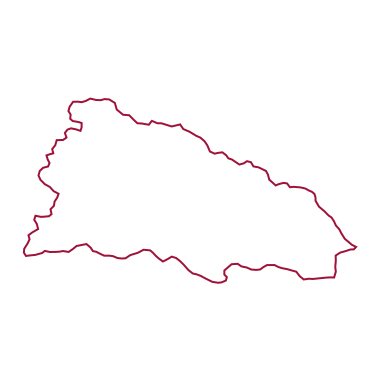 the district of Magda, São Paulo, Brazil, rotated 272°
{"feature_id": "56859067B8707426341573", "entity_name": "Magda", "entity_type": "district", "adm_level": 2, "iso_a3": "BRA", "parent_name": "Brazil", "parent_adm1": "São Paulo", "projection": "orthographic", "projection_center": [-50.232, -20.61], "detail": "fine", "context": "isolated", "style": "outline", "palette": "rose", "viewbox_px": 384, "rotation_deg": 272, "n_neighbors": 0, "source": "geoboundaries", "source_scale": "gbopen_adm2", "svg_char_len": 2526}
<svg xmlns="http://www.w3.org/2000/svg" viewBox="0 0 384 384"><g transform="rotate(272 192 192)"><path d="M281.8,87.1L279.3,82.7L277.9,78.6L278.3,75.0L278.0,70.0L272.9,66.7L268.6,65.7L265.1,68.0L261.0,67.7L258.8,70.2L258.0,75.9L257.1,79.3L252.6,79.4L249.2,78.4L250.5,74.1L251.4,68.9L250.0,65.4L246.6,62.9L242.0,64.7L239.5,61.3L239.1,55.0L234.0,53.7L230.0,50.8L225.8,52.0L224.8,48.7L223.5,45.3L219.6,46.6L216.0,48.6L212.5,47.3L211.0,42.3L207.7,39.1L203.1,38.0L198.8,40.2L194.7,44.6L192.1,49.7L188.0,53.7L185.6,58.7L181.5,57.4L177.7,55.0L173.4,54.5L169.8,51.2L165.0,52.4L162.8,49.9L162.2,45.5L161.9,41.8L162.8,36.4L158.7,35.3L154.7,38.0L149.6,39.5L146.2,34.0L143.1,30.1L139.1,31.3L135.0,29.6L132.3,28.0L129.4,26.3L125.6,26.1L122.3,28.3L123.0,32.5L123.6,37.3L125.8,44.4L128.0,47.0L127.1,52.0L127.3,57.1L127.7,61.4L128.5,65.1L127.8,70.8L130.9,75.0L134.0,78.5L134.9,82.3L136.3,88.3L132.9,92.6L129.5,95.0L128.9,98.4L126.8,102.9L125.3,106.4L125.5,111.8L125.1,115.4L123.4,119.8L123.1,123.8L123.4,127.8L126.8,132.6L129.4,140.1L132.6,145.6L132.2,152.2L130.2,154.8L126.9,158.1L124.4,161.1L121.5,165.4L124.1,170.0L126.7,174.0L125.5,178.4L122.4,182.6L119.1,186.2L113.8,191.2L110.6,195.6L109.9,199.4L108.5,203.6L106.1,208.4L102.9,215.5L102.2,221.2L102.7,224.7L104.7,228.9L108.1,229.8L110.6,227.2L114.7,227.1L121.2,234.1L121.8,240.2L119.4,243.9L118.4,249.6L116.6,253.8L116.4,258.7L116.9,262.7L119.6,266.2L121.6,269.5L121.7,273.4L121.9,277.0L120.0,281.0L119.0,284.8L118.2,290.0L117.1,294.3L116.0,299.0L111.6,302.6L108.5,306.7L109.4,311.9L109.3,315.9L111.1,328.8L111.5,333.1L111.5,337.0L117.3,338.5L122.1,337.8L128.3,338.1L133.5,337.8L136.7,342.4L138.2,347.3L140.1,352.4L140.3,355.7L142.8,357.9L144.9,353.5L150.5,346.4L155.6,342.9L159.9,340.5L163.5,337.0L167.9,334.8L171.4,332.3L173.3,329.3L177.3,325.1L181.8,319.4L184.8,317.5L187.5,315.8L191.0,315.6L194.4,314.4L196.4,311.8L197.6,308.7L199.4,305.2L200.4,300.2L200.7,293.5L200.2,289.7L203.9,286.7L204.3,283.1L202.9,278.5L201.5,275.4L204.8,271.5L207.0,268.8L212.0,267.3L215.6,265.2L219.0,257.6L219.7,252.5L223.8,249.9L224.7,245.9L222.5,242.8L221.1,238.4L224.1,233.6L225.9,230.7L226.9,227.2L229.8,225.0L232.7,221.0L232.0,216.7L231.1,213.3L233.1,208.5L239.3,205.6L243.2,202.7L246.6,198.5L248.3,194.3L252.1,187.5L254.6,181.1L259.1,177.8L256.8,169.4L259.6,159.0L259.5,155.0L261.7,149.4L257.7,146.5L258.7,139.5L258.8,135.0L262.3,131.0L266.5,126.6L266.8,120.4L271.8,113.9L278.3,111.8L281.6,106.1L281.8,101.3L280.6,97.7L280.6,93.1L281.8,87.1Z" fill="none" stroke="#9f1239" stroke-width="2"/></g></svg>